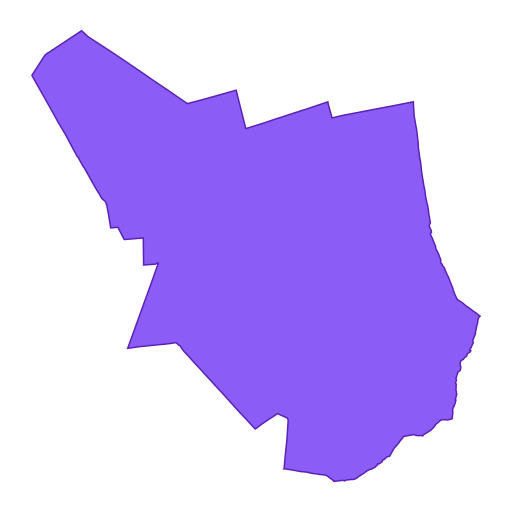 Buzias, Timis, Romania
{"feature_id": "2599482B41254091250904", "entity_name": "Buzias", "entity_type": "district", "adm_level": 2, "iso_a3": "ROU", "parent_name": "Romania", "parent_adm1": "Timis", "projection": "orthographic", "projection_center": [21.63, 45.631], "detail": "fine", "context": "isolated", "style": "filled", "palette": "violet", "viewbox_px": 512, "rotation_deg": 0, "n_neighbors": 0, "source": "geoboundaries", "source_scale": "gbopen_adm2", "svg_char_len": 6043}
<svg xmlns="http://www.w3.org/2000/svg" viewBox="0 0 512 512"><path d="M452.1,418.8L452.2,418.5L452.3,418.0L452.3,417.9L452.3,417.4L452.5,415.9L452.5,415.1L452.7,414.0L452.8,413.0L452.8,412.5L452.8,411.6L452.8,410.4L452.7,409.9L452.6,409.7L452.6,409.3L453.4,407.6L453.5,407.3L453.4,406.5L454.2,406.0L454.3,405.6L454.4,405.0L454.5,404.8L454.7,404.4L455.1,403.5L455.2,402.8L455.7,400.8L455.9,400.3L455.9,400.1L455.9,399.9L455.8,399.7L455.3,400.3L455.2,400.1L455.5,398.9L455.6,398.3L455.9,397.5L456.1,396.6L456.3,395.5L456.7,394.8L456.8,394.6L456.7,394.1L456.4,393.1L456.4,392.8L456.4,392.0L456.4,391.4L456.0,390.5L455.9,390.2L455.9,389.1L456.0,388.4L456.2,387.4L456.1,387.1L456.0,386.8L456.0,386.6L456.1,386.3L456.1,385.7L456.1,385.2L456.3,384.8L456.3,384.3L455.8,383.4L455.5,382.9L455.6,382.3L456.0,381.6L456.2,381.1L456.4,380.1L456.3,379.3L456.1,378.7L455.9,378.5L455.8,378.2L456.4,377.4L456.5,376.9L456.6,376.1L456.8,375.3L457.0,374.7L457.6,373.7L457.7,373.1L457.6,372.6L457.7,372.4L457.9,372.1L458.1,371.9L458.8,371.4L459.6,371.0L459.9,370.7L460.6,369.4L460.6,368.7L460.7,368.0L460.8,367.4L460.8,366.9L460.5,366.0L460.2,364.1L460.2,363.3L460.3,363.0L460.2,362.4L460.3,362.0L460.6,361.3L461.1,360.8L461.3,360.6L461.9,360.1L462.3,359.8L463.2,359.5L463.6,358.9L463.7,358.6L464.4,357.8L466.4,356.3L466.9,355.5L467.0,355.3L467.1,354.7L467.3,354.1L467.4,353.9L468.3,353.0L469.3,352.4L470.1,352.0L470.4,351.6L470.8,350.7L469.9,350.2L470.0,349.7L473.2,342.8L472.8,340.2L474.6,335.9L475.5,333.5L475.2,333.1L475.9,330.7L476.3,328.1L476.7,326.6L476.9,325.2L477.5,323.4L477.8,322.1L477.7,321.4L478.0,319.4L478.8,317.5L480.1,316.2L476.6,313.4L473.9,311.6L470.2,308.8L467.9,307.0L466.8,306.4L466.2,306.0L464.1,304.3L463.4,303.5L458.1,300.0L457.5,300.0L457.4,299.4L456.4,297.8L455.1,294.9L454.4,293.4L453.6,290.9L453.0,289.4L452.8,288.1L452.0,286.4L451.5,284.9L449.9,281.2L449.4,279.6L448.8,278.3L448.6,277.5L448.5,277.1L447.8,275.8L447.5,275.4L446.7,273.6L444.8,269.3L444.7,269.0L444.7,268.5L444.5,268.1L444.3,267.7L443.6,266.7L443.3,266.5L443.0,266.2L442.7,265.8L442.4,265.2L442.2,264.4L442.0,264.1L441.7,263.6L440.9,263.0L440.6,262.6L440.6,262.1L440.7,261.6L440.8,260.0L440.7,259.7L440.5,259.0L439.8,257.4L439.4,256.3L438.9,254.7L437.8,252.6L437.5,251.7L436.7,250.3L436.2,249.5L436.0,249.1L435.7,248.2L435.6,247.9L435.7,247.3L435.7,246.8L435.6,246.3L435.0,245.0L434.2,243.0L433.8,242.1L433.3,240.9L432.9,239.6L432.1,237.7L431.2,236.2L430.5,234.0L430.3,233.2L430.9,232.9L431.3,232.6L431.5,232.2L431.2,230.6L430.9,229.7L430.1,228.2L430.0,227.8L429.7,227.2L429.2,225.8L429.1,225.5L429.1,225.2L429.4,224.8L429.7,224.3L430.1,223.6L430.4,222.9L430.2,221.0L430.0,220.5L429.6,218.5L429.4,217.0L429.3,216.2L429.0,215.1L428.7,213.4L428.6,211.4L428.2,209.2L428.1,208.1L427.9,207.6L427.7,205.6L427.0,203.6L426.6,201.1L426.2,199.4L425.8,197.5L425.1,192.8L425.1,192.3L424.6,189.3L423.9,186.0L423.0,180.3L422.7,178.8L421.5,170.9L420.8,164.1L420.5,161.7L420.4,161.0L419.6,156.9L419.4,154.7L418.4,148.0L418.1,142.4L417.5,137.3L416.7,130.1L416.2,127.5L414.2,116.1L413.3,101.8L396.6,105.1L376.1,109.0L356.2,112.8L344.1,115.1L341.1,115.8L332.1,117.9L328.1,103.7L327.9,101.9L325.2,102.7L321.2,104.1L304.0,109.9L303.3,110.0L282.2,116.9L275.9,118.9L264.1,122.9L245.8,128.6L241.2,110.4L237.6,96.1L236.2,90.2L202.3,99.7L188.7,103.3L187.6,103.5L187.1,103.2L187.1,103.4L180.6,99.0L168.9,90.9L152.4,79.8L147.3,76.2L135.4,68.1L114.6,54.0L105.4,48.0L88.0,36.7L81.6,30.7L49.4,52.0L47.3,53.3L45.3,54.8L44.4,56.0L31.9,75.3L33.5,78.3L49.7,107.0L58.4,122.7L65.3,134.2L73.6,149.8L77.1,156.2L77.5,156.8L77.7,157.0L78.2,157.2L78.8,158.6L83.5,167.1L84.0,167.4L89.3,176.8L94.2,185.7L98.5,192.9L98.9,193.2L101.8,198.5L105.5,201.6L106.8,205.3L107.5,209.0L108.3,213.2L110.7,227.9L117.9,227.3L119.6,230.6L124.2,239.5L127.0,239.3L143.3,238.0L143.3,241.0L143.6,265.0L146.0,264.8L155.2,264.2L158.2,262.9L158.3,263.2L153.2,277.7L127.7,348.3L130.8,347.9L136.2,347.1L138.1,346.8L161.7,344.4L164.9,344.2L167.6,343.8L170.1,343.5L170.4,343.5L170.7,343.4L175.9,342.7L177.3,343.7L179.0,345.4L179.8,345.6L180.1,345.8L180.4,346.1L181.2,347.7L182.9,350.0L184.2,351.6L184.5,352.0L190.6,358.5L194.2,362.6L198.2,366.9L200.0,368.8L203.8,373.1L207.0,376.5L219.8,390.5L220.3,390.9L225.9,397.1L238.4,411.0L245.5,418.5L255.2,429.0L257.7,427.3L261.8,424.1L268.3,419.7L274.6,415.6L277.4,413.6L287.3,418.0L288.2,420.2L287.5,430.6L286.9,439.9L285.7,451.3L284.7,461.3L284.1,468.7L284.0,468.8L284.6,468.8L292.3,470.0L292.7,470.1L297.3,470.9L300.8,471.6L303.6,471.8L307.3,472.2L309.0,472.7L312.7,473.5L317.1,473.9L319.9,474.5L323.4,474.8L325.9,475.3L327.1,475.8L329.6,477.8L332.1,479.6L332.9,480.3L333.8,480.8L333.9,481.3L336.3,481.2L337.1,481.0L338.3,480.9L342.5,480.3L344.6,480.8L345.0,480.8L345.4,480.6L345.6,480.4L346.3,480.1L347.2,479.9L347.7,479.8L349.6,479.7L350.5,479.5L351.1,479.5L351.8,479.5L352.9,479.5L355.0,479.0L356.0,478.5L356.5,478.1L357.9,477.3L358.5,476.6L359.5,475.9L360.8,475.3L361.6,474.7L362.1,474.3L363.0,473.8L363.5,473.5L366.4,471.3L367.3,470.7L368.6,470.2L368.9,469.9L369.5,469.6L371.9,468.9L372.7,468.5L373.9,467.8L374.5,467.3L375.4,467.0L375.7,466.5L376.0,466.2L376.8,465.6L377.5,464.7L377.7,463.7L377.9,463.6L378.2,463.7L378.5,463.9L378.7,464.0L379.6,463.6L380.5,462.9L381.8,461.9L382.3,461.3L382.5,460.9L382.5,460.5L382.8,459.9L383.0,459.8L383.8,459.7L384.1,459.6L384.3,459.4L384.9,458.8L386.2,457.5L386.9,457.1L387.6,456.6L387.9,456.5L388.2,456.4L388.6,456.4L389.2,456.2L389.3,456.3L389.5,456.4L390.3,455.1L390.6,454.5L391.4,453.2L392.0,451.8L392.8,450.6L393.6,449.1L394.5,447.8L394.9,447.3L395.3,446.9L395.6,446.7L395.8,446.6L395.9,446.4L396.4,445.6L397.9,444.1L398.7,442.9L399.0,442.6L400.0,441.1L400.2,440.7L400.4,440.6L401.7,439.2L402.6,437.9L403.8,436.4L414.6,434.5L415.3,435.2L417.1,435.6L419.4,435.7L420.3,435.5L420.8,435.5L421.9,435.8L422.7,435.9L423.5,434.8L431.1,430.0L434.6,426.3L435.1,425.5L435.4,424.7L435.8,424.3L436.9,423.5L438.0,422.5L439.0,421.7L440.1,420.7L440.4,420.1L443.9,419.7L445.4,419.7L447.6,420.0L452.1,418.8Z" fill="#8b5cf6" stroke="#5b21b6" stroke-width="1.5"/></svg>